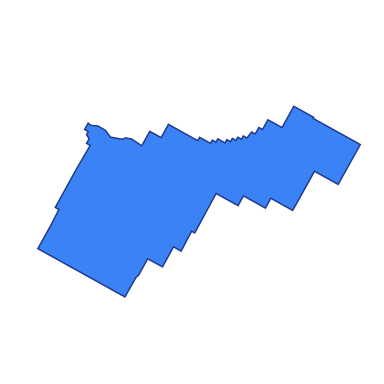 Stillwater, Montana, United States of America, rotated 209°
{"feature_id": "52423323B1446869819643", "entity_name": "Stillwater", "entity_type": "district", "adm_level": 2, "iso_a3": "USA", "parent_name": "United States of America", "parent_adm1": "Montana", "projection": "natural_earth1", "projection_center": [-109.384, 45.65], "detail": "fine", "context": "isolated", "style": "filled", "palette": "blue", "viewbox_px": 384, "rotation_deg": 209, "n_neighbors": 0, "source": "geoboundaries", "source_scale": "gbopen_adm2", "svg_char_len": 965}
<svg xmlns="http://www.w3.org/2000/svg" viewBox="0 0 384 384"><g transform="rotate(209 192 192)"><path d="M121.9,316.3L144.5,316.3L144.5,292.0L160.6,292.0L160.6,280.9L164.8,280.8L164.8,273.4L169.0,273.4L170.1,265.9L174.3,265.9L174.3,262.1L178.5,262.1L178.5,258.4L182.7,258.4L182.7,254.7L186.9,254.7L186.9,250.9L195.2,251.0L195.2,247.2L199.4,247.2L199.3,243.5L211.9,243.5L211.9,239.7L245.4,239.7L245.4,224.6L258.3,224.6L258.4,208.0L270.4,209.1L276.3,207.1L278.5,204.4L289.8,200.5L297.8,204.0L306.4,204.1L312.6,201.3L316.2,201.9L316.2,194.6L312.0,194.6L312.0,190.9L307.8,188.9L307.8,183.4L303.6,183.4L304.2,157.3L304.1,112.2L299.9,112.2L299.3,93.5L299.4,67.7L199.8,67.7L199.6,90.2L198.4,93.2L198.4,112.0L181.5,112.3L181.6,135.1L172.9,135.0L173.3,157.5L169.8,157.5L170.2,202.4L145.1,202.4L145.1,213.6L120.0,213.5L120.0,224.7L95.1,224.7L95.0,226.7L94.9,269.5L67.9,269.5L67.8,315.1L121.9,315.1L121.9,316.3Z" fill="#3b82f6" stroke="#1e3a8a" stroke-width="1.5"/></g></svg>